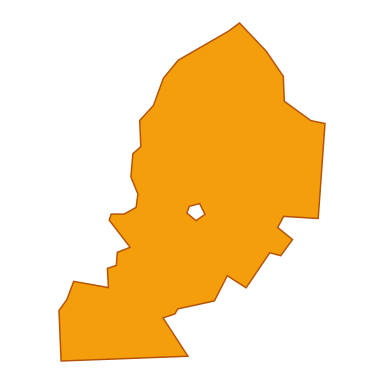 Kagan city, Bukhoro, Uzbekistan (Albers equal-area conic projection)
{"feature_id": "79887680B25452666066533", "entity_name": "Kagan city", "entity_type": "district", "adm_level": 2, "iso_a3": "UZB", "parent_name": "Uzbekistan", "parent_adm1": "Bukhoro", "projection": "albers", "projection_center": [64.532, 39.692], "detail": "fine", "context": "isolated", "style": "filled", "palette": "amber", "viewbox_px": 384, "rotation_deg": 0, "n_neighbors": 0, "source": "geoboundaries", "source_scale": "gbopen_adm2", "svg_char_len": 699}
<svg xmlns="http://www.w3.org/2000/svg" viewBox="0 0 384 384"><path d="M137.9,194.0L136.1,207.4L124.1,214.1L111.2,214.1L109.2,220.1L130.1,247.3L117.3,252.3L116.3,265.4L107.4,268.4L108.4,287.6L73.7,281.4L66.9,299.5L59.0,310.6L61.1,361.0L187.9,356.2L163.0,317.9L174.9,313.9L177.8,308.9L214.4,300.9L227.3,275.7L246.1,287.8L269.8,252.7L280.7,255.7L292.5,239.6L277.7,227.5L283.6,216.4L318.2,218.5L325.0,123.5L310.8,120.6L284.3,101.3L283.3,76.3L266.2,51.2L239.5,23.0L228.6,31.1L178.2,60.2L163.4,78.2L153.5,105.4L139.7,120.5L140.8,146.7L132.9,153.7L130.9,176.9L137.9,194.0ZM205.0,214.3L196.1,220.7L186.8,213.0L189.4,206.3L199.6,203.6L205.0,214.3Z" fill="#f59e0b" stroke="#b45309" stroke-width="1.5"/></svg>